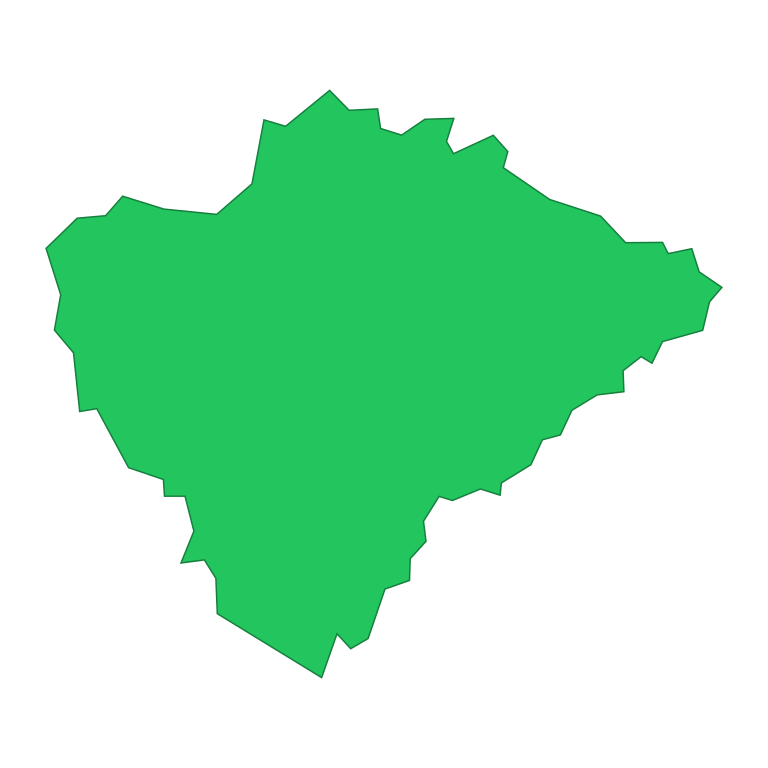 Knox, Kentucky, United States of America (Natural Earth projection)
{"feature_id": "52423323B87116979196195", "entity_name": "Knox", "entity_type": "district", "adm_level": 2, "iso_a3": "USA", "parent_name": "United States of America", "parent_adm1": "Kentucky", "projection": "natural_earth1", "projection_center": [-83.823, 36.871], "detail": "fine", "context": "isolated", "style": "filled", "palette": "green", "viewbox_px": 768, "rotation_deg": 0, "n_neighbors": 0, "source": "geoboundaries", "source_scale": "gbopen_adm2", "svg_char_len": 964}
<svg xmlns="http://www.w3.org/2000/svg" viewBox="0 0 768 768"><path d="M321.6,677.6L337.0,633.8L350.7,648.7L368.1,638.5L385.0,589.0L409.5,580.4L410.2,558.7L426.0,541.3L423.5,521.2L439.1,496.4L452.4,500.5L480.4,489.0L500.1,495.2L501.4,482.9L530.9,464.7L542.4,439.8L560.4,434.9L571.9,410.3L597.1,394.9L623.9,391.7L623.1,370.7L641.1,356.7L652.0,363.2L662.5,341.6L702.7,330.3L709.5,301.9L721.9,287.4L699.2,271.9L691.8,248.7L668.2,253.6L662.5,242.4L625.6,242.7L600.6,216.1L549.7,199.5L503.3,167.7L507.8,151.6L493.3,135.3L453.5,153.7L446.5,141.4L453.8,118.4L424.8,119.3L401.6,135.1L380.6,128.5L377.6,108.9L349.1,110.3L329.6,90.4L285.6,126.3L264.0,119.9L252.0,183.8L216.7,214.4L163.9,209.1L122.7,196.2L105.6,215.7L77.2,218.2L46.1,248.4L60.7,294.7L54.4,330.1L73.5,352.8L79.7,411.5L96.8,408.7L128.6,467.7L163.4,479.5L164.5,496.2L185.0,496.2L193.9,531.1L181.0,563.0L204.4,559.9L215.9,578.4L217.3,613.7L321.6,677.6Z" fill="#22c55e" stroke="#15803d" stroke-width="1.5"/></svg>